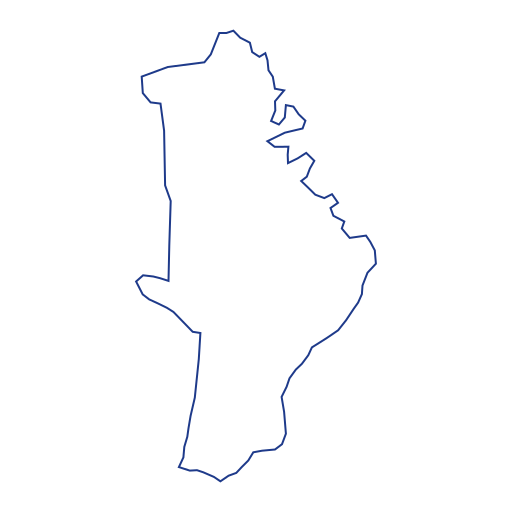 Quatro Pontes, Paraná, Brazil
{"feature_id": "56859067B95134606525009", "entity_name": "Quatro Pontes", "entity_type": "district", "adm_level": 2, "iso_a3": "BRA", "parent_name": "Brazil", "parent_adm1": "Paraná", "projection": "mercator", "projection_center": [-53.971, -24.574], "detail": "fine", "context": "isolated", "style": "outline", "palette": "blue", "viewbox_px": 512, "rotation_deg": 0, "n_neighbors": 0, "source": "geoboundaries", "source_scale": "gbopen_adm2", "svg_char_len": 1465}
<svg xmlns="http://www.w3.org/2000/svg" viewBox="0 0 512 512"><path d="M178.9,467.1L189.8,470.6L197.0,470.2L203.3,472.3L213.9,476.9L220.4,481.3L228.6,475.7L236.3,472.9L241.7,467.1L248.3,460.5L253.3,452.3L262.1,450.7L275.0,449.5L282.0,444.2L285.9,433.7L284.1,411.8L281.6,396.9L286.6,386.8L289.5,378.3L295.8,369.6L301.9,363.8L308.3,355.2L311.9,347.4L326.8,338.0L338.1,330.3L346.1,320.2L353.7,308.8L358.1,302.6L361.9,294.1L362.5,285.5L367.5,272.7L375.9,263.7L374.8,250.4L370.3,241.9L366.0,235.6L349.7,237.9L341.8,228.5L344.3,221.5L333.4,215.8L330.5,208.0L338.0,202.8L332.0,194.2L324.3,198.1L315.3,194.7L307.9,187.4L301.2,181.0L306.8,176.7L309.9,168.5L314.3,160.8L306.2,152.9L297.6,158.4L288.0,163.1L287.7,154.6L288.4,146.7L281.3,146.8L274.6,146.8L267.4,141.2L284.8,132.7L296.1,130.0L302.6,128.5L305.4,120.7L298.7,114.3L293.4,106.6L285.9,105.1L284.8,117.5L278.9,124.5L271.1,121.0L275.3,110.5L275.0,101.3L284.1,90.4L274.9,88.7L272.8,76.7L268.5,70.3L267.5,60.3L265.3,53.2L259.4,56.8L252.2,52.1L249.9,42.7L240.2,37.7L233.4,30.7L226.4,33.0L219.3,33.0L210.8,54.4L204.4,62.3L167.8,67.0L141.7,76.6L142.8,93.1L150.6,102.4L160.5,103.6L164.1,130.7L165.1,185.4L170.7,201.0L169.3,244.9L168.5,280.9L160.1,278.2L153.3,276.5L143.1,275.3L136.1,281.5L142.7,294.4L149.2,299.4L157.9,303.4L166.9,307.8L173.5,312.0L192.7,331.8L200.4,333.0L198.8,359.1L194.8,397.7L190.6,415.8L188.5,428.2L187.3,436.8L184.3,446.9L183.4,457.4L178.9,467.1Z" fill="none" stroke="#1e3a8a" stroke-width="2"/></svg>